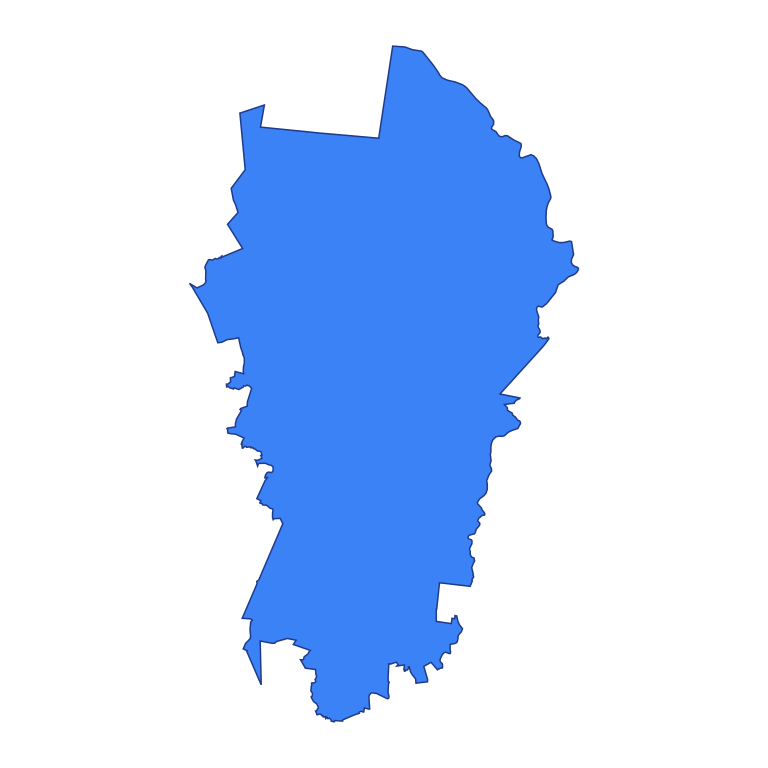 outline of Nacajuca, Tabasco, Mexico
{"feature_id": "50627088B18238703345700", "entity_name": "Nacajuca", "entity_type": "district", "adm_level": 2, "iso_a3": "MEX", "parent_name": "Mexico", "parent_adm1": "Tabasco", "projection": "natural_earth1", "projection_center": [-92.932, 18.178], "detail": "fine", "context": "isolated", "style": "filled", "palette": "blue", "viewbox_px": 768, "rotation_deg": 0, "n_neighbors": 0, "source": "geoboundaries", "source_scale": "gbopen_adm2", "svg_char_len": 6117}
<svg xmlns="http://www.w3.org/2000/svg" viewBox="0 0 768 768"><path d="M486.3,107.9L480.8,103.4L475.8,98.6L466.7,87.8L464.2,85.8L462.0,84.5L455.3,82.0L447.5,80.2L442.0,77.8L439.7,75.0L438.5,72.7L433.3,65.2L423.0,52.3L421.5,51.1L412.4,49.7L405.1,47.0L392.7,46.1L378.7,138.2L319.2,133.0L260.5,127.1L264.4,105.0L239.9,113.1L245.2,169.7L231.2,188.3L233.4,200.0L235.6,204.8L238.0,212.5L227.5,224.3L242.6,248.5L222.1,257.0L221.9,255.9L221.2,256.4L220.6,258.1L219.4,257.5L217.9,258.8L216.9,259.0L215.2,258.4L212.6,260.1L209.2,259.6L208.4,259.9L205.4,265.7L204.9,267.6L205.9,270.9L205.6,279.2L206.0,281.3L204.9,283.5L203.1,285.1L196.9,287.9L189.5,283.4L192.2,287.0L207.7,313.3L217.8,342.8L221.9,342.2L227.2,339.6L233.1,338.9L238.6,337.8L240.8,347.8L242.5,352.6L243.0,355.0L244.3,357.8L244.3,363.5L243.6,365.9L243.2,370.8L243.7,373.7L235.1,371.5L234.5,376.5L230.3,377.9L230.6,381.7L228.0,384.0L226.4,384.1L226.6,386.9L228.4,386.5L229.7,387.8L233.5,389.0L234.1,387.9L238.9,389.5L243.3,387.0L243.8,385.8L245.8,386.0L246.7,385.2L249.5,385.9L251.6,388.5L247.4,401.8L247.2,406.2L240.7,408.5L240.0,409.5L241.5,410.5L236.5,419.1L235.4,423.8L235.5,426.9L227.7,428.0L226.9,428.7L227.6,429.4L227.7,432.9L229.2,433.5L235.8,434.2L244.0,438.0L241.6,442.7L241.3,444.1L242.3,444.3L241.9,445.5L242.3,448.1L242.8,448.2L244.9,446.3L246.0,446.4L246.5,447.3L250.7,446.8L250.7,447.7L253.6,448.0L253.6,448.6L255.5,449.4L257.3,450.9L260.9,451.6L261.9,455.1L260.7,455.4L261.9,458.4L257.6,460.3L255.2,460.0L256.0,461.4L257.6,466.1L258.4,463.9L259.0,463.4L264.5,463.3L266.1,463.5L267.8,464.5L271.3,465.3L273.1,467.0L273.1,470.4L272.6,471.6L271.6,472.5L268.4,472.1L267.2,472.6L265.6,474.8L264.8,477.8L267.4,477.5L265.0,480.8L256.8,498.7L260.9,500.6L259.8,502.9L262.2,503.8L262.6,504.9L266.7,505.3L270.2,508.3L272.5,508.9L273.1,510.0L272.6,512.6L272.5,517.2L273.2,519.7L274.1,518.7L280.2,518.4L282.8,523.7L258.7,580.1L256.7,581.4L257.1,583.6L242.2,618.3L250.7,618.9L252.3,620.1L250.7,622.0L250.0,629.6L250.6,636.7L250.2,638.6L245.6,643.4L243.2,648.9L247.2,650.8L246.8,651.5L261.2,684.8L260.2,641.0L272.2,643.3L274.9,643.1L276.2,641.6L287.3,638.5L296.1,640.2L293.3,644.5L310.3,650.4L309.3,651.3L308.0,653.9L304.1,656.8L303.6,659.3L302.8,659.8L300.5,659.7L305.4,668.2L315.5,669.5L315.9,674.4L316.4,675.3L316.5,677.1L315.0,679.8L315.6,680.4L315.6,682.0L315.2,682.4L314.0,683.0L312.0,682.8L311.5,683.3L311.8,685.3L311.3,686.2L310.9,690.5L311.2,691.5L312.4,693.1L312.5,694.0L312.0,696.3L311.1,697.0L313.6,701.6L316.8,703.9L318.4,707.6L317.9,708.7L317.3,709.1L316.8,710.6L315.5,711.1L316.5,713.2L316.8,714.6L317.9,714.7L319.5,714.0L321.3,714.5L321.6,715.5L322.9,715.7L323.1,716.9L325.3,716.8L325.7,718.6L326.4,718.0L326.1,717.9L326.3,717.3L326.8,716.9L327.9,718.7L329.4,718.2L329.7,718.4L331.1,720.0L331.3,721.3L332.9,721.4L333.8,721.9L334.5,721.5L334.6,720.6L342.6,721.1L342.7,720.1L343.7,719.5L354.3,714.9L359.0,713.4L358.6,713.0L359.3,712.1L361.0,711.3L363.6,712.1L363.9,711.1L363.6,710.6L364.2,709.8L364.4,707.9L368.6,709.1L369.7,709.0L368.9,697.0L369.4,695.0L371.1,693.0L372.3,692.8L376.6,693.5L386.9,698.5L387.8,698.8L388.7,698.2L389.0,696.4L388.1,692.5L388.2,687.1L388.6,683.7L389.2,682.1L388.2,681.7L388.1,677.5L388.8,663.8L390.1,663.8L390.3,664.1L396.2,662.2L398.2,664.6L396.8,666.1L402.9,665.1L404.5,665.2L403.8,669.6L404.2,669.8L404.5,671.2L405.3,671.0L405.3,670.5L405.9,670.4L406.0,670.0L407.1,670.1L407.6,669.7L408.7,668.1L408.4,667.0L409.2,666.8L410.6,672.0L411.8,674.1L415.6,678.9L416.0,683.2L427.5,681.8L427.6,679.4L423.8,666.4L431.1,662.3L437.4,669.8L440.8,668.0L442.3,668.0L442.6,667.3L442.5,664.3L442.1,663.4L440.6,662.3L439.9,660.3L440.5,658.4L442.3,654.7L443.5,653.2L445.1,652.2L446.4,652.4L449.0,653.5L450.2,653.5L450.6,652.2L450.1,649.1L450.2,644.3L454.5,643.6L456.5,642.7L457.0,642.1L457.8,639.7L458.2,635.4L461.4,631.7L462.5,628.7L459.4,624.7L457.9,621.3L456.7,615.9L455.0,615.6L454.7,618.7L452.0,618.3L451.3,623.6L436.3,621.4L436.3,609.1L436.7,609.1L439.5,582.8L470.2,586.3L472.3,581.0L471.9,579.7L473.5,577.2L473.6,576.1L473.2,575.6L473.1,573.3L471.7,567.6L473.3,563.4L474.7,560.9L474.1,559.3L474.3,558.8L473.8,557.8L471.8,557.2L470.8,555.9L470.3,554.4L470.2,551.4L469.5,549.3L470.1,547.3L471.9,543.8L472.0,540.8L471.5,539.9L468.5,538.7L468.0,537.5L468.4,536.1L469.7,535.1L474.5,533.8L475.3,532.6L476.2,529.3L479.7,525.1L479.8,523.2L477.9,521.2L477.8,520.5L479.0,517.8L480.1,517.3L482.0,515.4L484.5,515.1L484.7,514.6L484.8,513.7L484.3,512.6L482.2,510.0L481.3,507.8L477.7,503.8L477.4,502.4L479.6,498.9L484.1,495.5L486.0,493.2L487.2,489.6L487.4,487.6L487.0,486.6L487.3,485.7L487.2,483.1L486.6,480.9L489.2,474.4L491.6,471.1L491.5,468.9L489.8,465.1L491.1,460.7L490.3,454.7L490.9,451.5L490.9,446.5L491.6,442.8L492.7,440.1L495.8,436.9L499.3,436.1L502.3,436.4L504.6,435.6L508.2,432.3L511.8,430.5L517.8,428.5L520.5,423.5L520.4,422.4L519.8,421.1L517.6,420.1L515.4,417.0L512.7,415.2L512.3,413.2L507.6,410.4L507.2,407.5L504.4,404.5L514.3,403.2L514.9,401.6L516.4,400.2L519.4,398.8L520.0,398.0L500.0,394.0L543.6,345.9L548.8,339.0L548.9,338.3L548.0,337.1L545.9,338.8L545.1,338.0L542.7,338.6L540.4,336.9L538.4,337.4L537.7,336.6L537.8,335.4L540.1,332.5L540.1,331.6L540.0,330.4L538.4,327.6L537.9,325.4L538.7,324.2L538.3,319.7L538.8,317.0L536.7,310.7L536.5,308.7L537.0,307.2L538.4,306.1L541.4,307.0L542.5,306.9L546.5,303.7L555.5,292.6L558.2,284.7L563.7,281.3L568.5,276.8L573.5,274.8L575.6,273.5L577.0,272.0L578.5,269.3L578.3,268.2L577.6,267.4L574.8,266.4L572.6,264.9L571.3,262.5L571.4,259.5L573.6,254.5L571.5,241.6L569.7,241.1L563.8,242.5L559.4,242.6L554.2,241.1L551.9,239.9L553.2,236.9L552.8,230.6L552.1,229.3L548.2,227.2L546.8,225.3L546.4,223.7L546.0,218.1L546.3,210.5L547.0,206.9L548.3,202.8L550.8,198.2L550.8,196.2L548.9,188.9L547.2,184.4L542.1,173.7L538.9,163.7L537.1,159.9L536.3,158.5L533.7,155.9L531.0,154.7L522.0,157.9L520.5,157.7L519.4,156.3L519.3,154.9L519.5,152.1L521.2,146.7L521.2,144.4L520.8,143.4L514.0,140.1L507.5,135.8L505.0,135.6L501.8,136.9L499.5,136.2L498.6,135.5L496.0,131.7L491.8,129.3L491.4,127.7L493.6,124.3L493.7,121.1L493.0,119.6L490.6,116.5L487.8,110.0L486.3,107.9Z" fill="#3b82f6" stroke="#1e3a8a" stroke-width="1.5"/></svg>